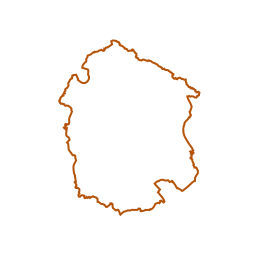 the district of Pho Thale, Phichit, Thailand, rotated 146°
{"feature_id": "78962969B47406793118742", "entity_name": "Pho Thale", "entity_type": "district", "adm_level": 2, "iso_a3": "THA", "parent_name": "Thailand", "parent_adm1": "Phichit", "projection": "albers", "projection_center": [100.23, 16.06], "detail": "fine", "context": "isolated", "style": "outline", "palette": "amber", "viewbox_px": 256, "rotation_deg": 146, "n_neighbors": 0, "source": "geoboundaries", "source_scale": "gbopen_adm2", "svg_char_len": 5780}
<svg xmlns="http://www.w3.org/2000/svg" viewBox="0 0 256 256"><g transform="rotate(146 128 128)"><path d="M198.5,91.3L195.3,91.0L194.9,90.6L194.8,90.0L193.9,89.0L193.1,87.7L192.9,86.2L193.4,85.7L193.9,84.4L194.5,83.9L193.5,82.6L192.7,80.1L191.3,78.9L190.6,77.9L190.6,77.0L190.2,76.5L190.4,75.2L190.3,74.8L189.5,74.3L186.7,74.5L185.4,74.7L184.8,75.4L183.7,74.7L183.6,74.2L183.9,73.8L183.5,73.3L184.6,71.7L185.2,70.1L184.3,66.6L183.9,66.3L182.2,66.0L181.8,65.4L181.8,65.0L182.1,64.4L182.1,62.9L182.7,61.7L182.7,60.4L179.4,60.9L178.0,60.9L176.6,60.3L173.9,59.7L173.0,58.7L170.1,57.8L169.0,56.8L166.0,54.9L164.0,55.2L163.2,54.4L163.6,53.7L163.3,52.3L163.8,52.0L163.4,51.5L161.0,50.5L159.3,50.4L158.8,49.8L157.1,48.9L156.1,47.9L155.7,47.9L155.0,48.3L154.1,47.6L152.4,47.7L149.9,48.5L147.8,49.8L145.2,49.3L144.3,48.7L144.0,48.1L142.8,48.7L142.1,49.6L141.2,49.3L140.0,46.3L139.1,46.5L139.0,47.2L138.5,47.7L138.4,50.6L139.1,58.0L138.2,58.1L137.8,58.6L137.1,58.6L136.5,59.1L135.9,59.2L137.0,65.7L137.0,67.0L133.5,67.4L132.2,66.7L131.8,66.9L130.0,66.6L128.2,65.8L126.7,63.8L125.4,62.9L124.1,62.4L123.7,60.9L123.7,60.0L121.8,59.4L121.1,59.6L120.8,59.1L120.9,58.5L121.3,58.1L120.8,57.1L120.7,53.9L121.0,52.4L120.9,50.5L120.4,50.5L118.9,47.5L118.4,45.7L118.0,45.4L111.5,45.9L105.2,46.9L102.5,47.0L102.1,46.7L100.3,49.1L99.3,49.8L95.4,51.5L94.7,52.3L93.9,53.8L93.5,56.8L94.1,57.2L94.0,57.6L95.0,58.1L94.7,58.7L94.7,60.1L94.6,60.6L93.8,60.8L93.6,61.7L93.7,62.0L93.2,63.5L93.2,64.6L92.3,66.0L92.5,66.7L93.2,67.8L92.8,68.3L92.2,68.0L91.6,68.1L91.3,69.0L90.9,69.4L90.8,69.9L90.1,69.9L89.7,70.1L89.7,70.4L90.2,71.7L89.3,72.3L89.5,72.8L89.6,73.7L89.2,73.7L88.8,73.4L88.6,72.5L89.1,71.4L89.0,71.1L88.5,70.7L87.9,70.5L87.6,70.7L87.8,71.5L87.6,72.3L86.4,72.9L86.6,74.0L86.1,75.1L86.3,82.2L85.8,89.3L84.8,92.8L82.6,96.5L80.4,98.7L79.4,99.2L78.6,100.3L77.9,100.8L76.0,101.4L73.8,101.7L71.7,102.7L70.9,102.3L70.4,103.0L69.6,102.8L68.6,103.6L68.8,104.3L68.3,105.3L67.9,107.0L66.6,107.4L63.4,109.9L63.1,110.7L62.5,113.4L61.9,118.7L61.2,121.0L60.2,120.5L59.3,120.3L59.0,119.2L57.4,118.7L56.1,117.4L55.6,116.1L54.2,115.0L53.6,115.1L52.7,115.9L52.2,115.8L51.9,115.5L50.7,115.6L50.2,116.5L49.4,116.9L49.0,117.5L49.6,118.8L51.0,119.0L51.3,119.3L51.2,120.1L51.6,120.8L50.9,121.7L51.4,122.5L51.5,123.5L52.3,124.2L52.1,124.8L52.4,125.5L52.7,125.6L53.6,125.5L54.0,126.8L53.6,127.2L54.8,128.3L54.5,129.4L55.1,131.4L54.4,132.3L54.5,133.4L54.1,133.9L53.7,135.3L53.1,135.6L53.0,135.9L54.0,136.3L54.7,137.1L55.3,138.2L55.9,138.4L56.9,140.8L58.9,141.3L59.9,140.9L60.6,141.7L60.4,142.4L60.5,142.8L62.1,142.9L62.6,144.5L62.6,145.7L61.9,146.3L61.7,147.0L60.4,146.9L60.2,147.3L60.6,148.0L61.1,149.9L61.8,150.6L61.7,151.6L62.4,152.5L62.5,153.7L64.5,155.2L64.9,156.2L64.8,156.9L65.4,157.0L66.5,157.7L66.6,158.7L66.2,159.1L66.3,159.6L67.0,160.4L67.3,161.3L68.0,162.0L68.2,164.4L68.9,165.2L69.4,166.5L71.0,168.7L71.5,170.4L72.4,171.8L72.8,171.8L73.3,172.6L74.2,172.4L74.6,173.3L75.4,173.9L76.1,175.2L77.2,176.3L77.8,176.5L78.8,176.3L79.3,177.0L80.1,177.3L80.4,178.1L81.0,178.7L80.7,180.4L81.7,181.6L81.8,182.3L81.4,183.1L80.5,183.1L80.3,183.9L79.5,185.0L80.2,186.7L80.0,187.0L80.0,190.1L80.2,190.5L80.8,190.7L81.7,189.9L82.2,190.5L83.0,191.0L84.7,191.6L84.9,192.3L84.9,194.2L86.3,195.5L86.0,196.2L86.3,196.6L86.3,197.2L86.7,198.6L87.4,200.1L88.2,200.7L88.5,201.4L88.5,201.6L88.1,201.8L87.9,203.2L87.6,203.2L87.6,204.2L88.2,205.1L88.7,205.3L88.9,206.6L89.4,206.8L89.8,207.6L91.8,209.1L92.9,209.3L93.4,209.3L94.4,206.3L96.7,206.2L99.2,206.2L99.4,206.4L99.8,206.2L101.4,207.0L101.9,206.7L102.6,206.7L103.1,207.0L103.2,206.2L103.8,206.2L104.3,205.6L104.7,206.1L105.3,205.8L105.6,205.9L106.3,207.8L107.2,207.8L108.5,208.3L110.3,208.3L112.3,209.2L113.0,209.9L113.7,209.6L113.8,210.0L114.6,210.1L117.9,209.8L121.0,210.6L122.1,209.4L123.0,209.1L124.3,208.3L124.4,207.8L125.5,206.4L127.1,206.4L129.5,205.7L131.0,204.9L132.2,203.5L128.6,198.9L128.6,198.3L129.5,196.8L131.2,194.6L131.6,192.4L132.4,191.1L132.9,190.6L134.7,189.6L136.6,189.2L138.3,189.3L139.6,190.0L140.6,190.9L141.5,192.5L142.6,195.9L141.9,196.5L141.9,197.9L141.4,199.7L141.2,201.2L142.4,201.6L143.3,202.3L144.8,202.7L145.0,202.6L145.2,201.7L146.4,201.2L146.8,200.4L148.1,200.6L149.3,200.3L150.3,199.6L152.5,198.6L153.4,196.8L154.2,196.0L156.0,195.3L157.6,195.4L158.5,195.1L159.0,193.9L160.7,193.4L161.0,192.1L162.0,192.6L162.7,191.9L163.2,191.8L163.3,191.2L163.5,191.3L164.0,191.1L164.3,191.3L164.4,191.1L166.0,191.2L166.8,190.7L167.6,190.5L168.2,189.5L169.6,189.3L170.1,188.2L169.8,188.0L170.3,186.7L170.1,185.6L169.2,185.3L168.9,184.6L168.3,184.3L167.7,183.7L167.6,183.2L167.9,182.4L167.6,181.6L166.3,181.0L166.0,180.4L165.1,179.9L164.3,177.6L164.0,175.7L164.8,174.8L165.2,173.7L165.2,173.0L170.9,169.2L172.2,167.8L173.2,166.0L174.4,164.7L175.0,164.4L175.9,164.5L176.4,165.0L176.5,165.6L177.8,166.2L178.3,165.9L178.6,165.0L178.0,164.6L178.7,164.4L179.1,163.7L179.9,163.7L180.5,164.3L181.0,164.2L180.4,161.7L179.1,161.7L182.2,158.2L183.2,156.5L183.3,155.3L182.5,153.5L182.5,152.2L183.1,150.9L186.7,150.0L186.4,149.2L186.5,148.2L189.1,143.5L189.3,141.3L189.1,139.2L189.1,136.4L187.4,135.2L187.4,134.2L188.4,132.7L189.2,130.1L193.6,127.7L194.8,126.5L196.1,124.5L197.5,121.9L198.3,119.8L198.5,118.1L199.2,117.5L199.9,115.3L200.8,114.0L201.1,112.7L201.4,112.5L202.4,113.0L202.6,112.8L202.6,112.4L202.3,111.8L202.6,109.5L202.9,109.2L203.6,109.0L203.7,108.3L204.4,108.5L204.8,108.1L204.8,107.6L204.3,107.0L203.1,106.3L202.6,104.8L202.7,104.1L203.7,102.8L204.7,102.3L204.8,101.0L206.4,100.4L207.0,99.3L207.0,98.4L206.3,97.9L204.3,98.3L203.6,97.9L202.1,96.4L202.1,96.0L202.7,95.7L203.1,94.6L203.0,94.0L202.1,93.6L201.4,93.8L201.5,93.5L200.8,93.1L200.7,92.8L199.8,93.0L199.8,92.5L199.3,92.2L198.4,92.3L198.3,91.9L198.5,91.3Z" fill="none" stroke="#b45309" stroke-width="2"/></g></svg>